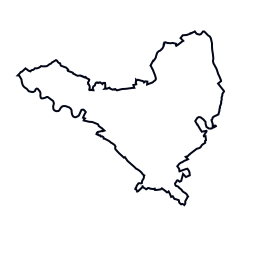 Blaj, Alba, Romania (Equal Earth projection), rotated 171°
{"feature_id": "2599482B66726389120043", "entity_name": "Blaj", "entity_type": "district", "adm_level": 2, "iso_a3": "ROU", "parent_name": "Romania", "parent_adm1": "Alba", "projection": "equal_earth", "projection_center": [23.921, 46.156], "detail": "fine", "context": "isolated", "style": "outline", "palette": "ink", "viewbox_px": 256, "rotation_deg": 171, "n_neighbors": 0, "source": "geoboundaries", "source_scale": "gbopen_adm2", "svg_char_len": 5773}
<svg xmlns="http://www.w3.org/2000/svg" viewBox="0 0 256 256"><g transform="rotate(171 128 128)"><path d="M78.8,206.7L79.3,206.0L79.7,204.8L79.3,204.8L80.2,203.0L81.7,201.0L82.7,200.5L83.0,200.1L83.9,199.5L85.7,199.0L87.2,197.9L87.6,197.4L89.0,194.7L89.4,193.6L89.9,192.8L90.7,191.8L91.3,191.4L92.3,190.3L92.7,190.5L96.0,186.1L95.6,185.5L94.8,182.6L94.5,182.3L93.0,175.6L92.7,172.2L93.5,171.0L96.0,169.6L96.5,169.2L102.3,168.0L101.6,170.8L103.8,171.4L104.6,170.7L105.0,170.5L105.1,171.0L106.2,172.2L107.5,172.6L110.6,174.1L111.0,173.8L112.1,173.9L112.5,174.4L112.9,172.4L113.2,172.1L113.0,169.9L116.0,169.6L115.5,166.7L117.5,166.9L123.5,167.0L128.0,167.4L133.0,166.9L134.5,168.4L135.1,168.0L135.7,168.5L137.0,168.2L139.3,169.5L139.9,170.7L142.4,170.2L142.4,170.3L145.0,170.4L144.3,171.0L144.0,171.9L144.0,172.6L143.7,173.9L143.7,176.1L145.4,176.4L145.6,176.2L146.4,175.4L147.0,176.2L148.5,177.5L148.9,177.2L149.8,177.4L150.3,177.5L150.5,177.5L150.6,177.2L151.4,177.5L151.4,177.8L151.7,177.9L152.2,177.8L152.7,177.5L153.6,176.4L154.1,175.2L155.7,174.5L156.8,172.3L156.2,171.0L156.2,170.7L158.9,171.4L159.7,171.3L160.3,171.8L160.2,172.4L159.5,173.4L159.4,175.6L160.0,177.3L160.5,177.7L160.5,178.0L160.3,178.2L160.4,179.2L159.1,180.8L159.0,181.4L158.7,181.7L158.7,181.9L159.2,182.4L161.4,183.9L161.6,184.6L162.2,185.1L162.6,184.7L163.1,184.8L164.3,185.8L164.5,185.7L164.8,185.9L164.7,186.1L165.7,186.8L166.2,186.7L166.5,187.0L167.0,187.3L169.6,187.5L170.8,188.2L173.0,190.0L173.5,190.1L173.8,191.1L174.4,191.6L178.4,193.8L178.6,194.2L178.0,195.0L179.6,197.3L184.3,199.9L184.8,200.9L184.9,202.4L186.1,203.1L187.0,204.2L187.7,205.7L188.5,206.3L193.0,204.5L193.9,203.7L195.7,203.2L197.9,202.0L198.6,201.8L200.6,201.9L203.3,202.4L204.0,202.7L204.4,202.7L205.2,202.1L206.6,201.5L208.1,201.2L209.0,201.2L210.1,201.5L210.7,201.5L211.6,200.7L212.8,200.2L213.7,200.3L214.9,199.8L215.5,199.2L217.1,200.0L219.9,202.9L223.8,200.3L225.2,200.0L226.0,199.2L228.6,197.2L227.5,197.0L226.8,195.7L225.6,192.4L225.7,189.9L225.2,186.5L223.9,184.4L221.7,182.4L220.7,180.5L220.0,179.7L217.0,178.5L215.5,178.5L214.1,179.1L213.1,180.7L212.0,181.2L211.0,180.8L209.3,177.8L209.0,176.2L209.5,173.7L209.5,172.2L209.1,171.0L208.5,170.7L207.2,170.6L205.6,170.7L203.6,171.3L202.5,171.2L198.6,167.3L197.7,166.3L197.3,164.0L198.5,161.1L198.7,159.2L198.6,158.0L198.0,157.0L196.4,155.9L195.3,155.7L194.0,155.7L193.1,156.2L191.0,158.7L189.7,159.5L188.4,159.8L186.5,159.5L183.1,157.7L181.8,156.4L181.0,154.6L181.2,151.2L180.9,149.3L180.2,147.8L178.6,146.9L177.7,146.9L175.8,147.4L174.5,148.1L171.2,153.1L170.4,153.3L169.2,153.1L168.2,152.1L167.2,150.3L169.0,148.1L170.8,145.2L169.1,144.2L169.9,143.6L170.6,142.4L165.6,140.3L164.6,140.0L163.7,139.9L162.1,139.4L157.3,136.5L156.9,136.1L156.6,134.5L153.6,131.6L151.7,129.1L153.5,128.8L153.8,128.9L154.2,129.2L154.8,129.0L158.5,128.8L159.6,128.0L160.1,126.8L159.4,126.4L158.5,126.3L158.5,125.7L158.3,125.5L156.6,125.1L156.4,124.7L156.5,124.1L156.3,123.9L154.8,123.8L154.1,123.1L153.8,122.9L153.7,122.3L153.3,121.6L153.5,121.3L152.6,121.0L149.1,118.4L147.8,117.1L147.1,116.2L145.9,115.3L143.9,113.3L143.2,111.6L143.7,110.9L143.8,109.6L143.7,108.9L141.0,104.8L136.6,99.3L135.6,99.7L133.7,95.7L127.6,88.3L126.4,86.6L125.6,86.1L123.2,83.9L121.5,81.7L120.6,79.8L119.3,78.6L119.9,77.7L120.1,76.5L120.6,75.5L122.2,73.7L122.9,71.5L123.5,71.3L124.6,71.4L125.7,71.8L126.3,71.7L128.4,69.6L129.1,68.2L130.2,67.1L130.3,66.6L129.6,66.4L128.9,63.8L127.9,64.0L123.2,67.2L122.8,68.2L122.7,68.2L122.6,67.5L122.1,66.9L119.5,64.6L118.4,65.1L118.3,65.3L117.5,65.6L116.3,65.2L115.3,64.4L114.2,64.3L113.3,63.9L112.7,63.8L111.1,63.9L111.2,62.7L110.6,62.5L108.8,62.3L105.2,62.3L104.0,63.1L100.4,59.4L100.0,58.6L99.5,58.3L99.0,58.3L97.8,59.0L96.8,56.0L96.2,53.2L94.5,53.6L93.3,50.8L89.7,49.1L89.1,48.7L89.1,46.4L87.5,44.3L86.5,44.6L86.2,44.5L84.9,43.7L84.5,43.1L83.6,43.9L83.3,44.4L83.0,45.9L82.9,46.7L79.9,50.5L79.4,50.9L79.9,51.6L79.8,51.8L80.4,53.3L81.0,54.2L83.7,56.6L84.2,57.3L84.8,58.7L87.0,61.1L87.3,61.8L88.1,62.6L89.6,63.3L90.0,63.8L90.2,64.3L90.2,65.7L90.0,66.2L89.0,67.0L87.9,68.4L87.4,68.6L86.8,68.4L85.5,66.9L83.8,67.3L80.8,74.0L78.5,70.5L74.4,71.6L74.2,74.5L74.6,76.3L75.7,78.5L78.4,78.2L83.9,77.1L84.0,77.5L83.8,77.6L83.9,79.7L85.3,82.5L84.4,83.2L83.4,84.3L82.2,85.0L80.6,85.7L79.9,85.7L77.5,86.8L75.8,87.1L73.6,87.8L73.9,88.3L74.8,89.3L74.8,89.7L75.4,90.1L75.6,90.5L74.6,90.7L74.0,90.6L72.9,91.1L72.0,92.0L71.1,92.3L70.8,92.7L63.2,96.8L62.0,96.8L60.0,97.3L58.9,98.1L58.0,99.3L57.0,100.0L54.1,101.3L54.0,102.4L53.8,103.3L52.9,103.7L52.7,107.8L55.2,108.0L54.2,108.2L54.1,108.7L53.6,109.5L51.0,112.3L51.0,112.9L55.7,112.8L57.1,115.9L58.8,120.4L59.1,120.4L60.5,124.3L57.9,127.2L56.3,127.7L54.6,127.2L52.2,124.7L50.5,122.0L50.7,119.7L50.3,116.8L48.1,114.8L45.9,114.4L42.0,115.6L40.9,116.0L41.1,116.6L42.5,116.8L44.1,116.2L43.7,118.7L44.3,122.7L43.9,122.8L43.2,123.9L42.5,125.3L40.7,126.1L36.6,127.2L36.4,128.0L35.8,128.8L35.8,129.2L34.9,131.0L34.9,131.8L34.6,132.6L34.2,133.0L34.2,133.3L33.9,133.7L34.0,134.5L33.3,135.7L32.8,136.3L32.8,136.8L32.1,137.7L32.0,139.4L31.6,140.0L30.9,141.8L30.8,143.5L29.8,145.2L29.8,145.7L29.2,147.3L27.8,148.6L27.4,149.4L32.1,157.8L28.7,159.8L28.7,160.6L29.7,164.8L30.4,166.9L31.2,171.9L31.7,173.9L32.0,174.3L32.4,175.7L33.4,178.3L33.6,180.2L33.6,180.7L32.8,183.5L32.6,187.6L32.6,191.8L32.4,194.4L31.8,198.6L32.1,203.0L32.3,204.2L33.0,205.7L34.3,206.8L37.5,211.3L38.8,211.6L41.3,209.3L43.0,209.1L45.3,210.2L45.6,210.5L46.9,212.9L47.7,212.5L49.4,212.2L49.8,211.9L51.3,211.9L51.3,211.5L55.4,210.7L59.5,211.0L62.0,208.6L59.8,205.4L61.3,204.8L65.8,202.3L67.5,201.6L67.7,202.2L67.2,203.4L67.4,203.7L67.7,203.9L68.7,204.2L70.4,205.0L73.1,205.1L74.8,205.6L75.8,205.7L76.2,206.1L77.6,206.8L78.8,206.7Z" fill="none" stroke="#020617" stroke-width="2"/></g></svg>